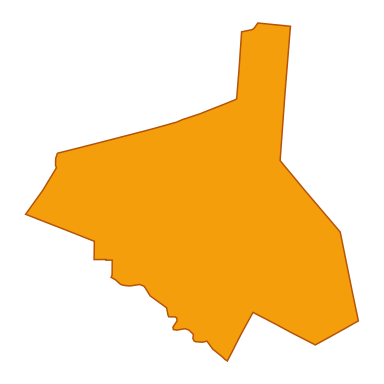 the district of Mavrodin, Teleorman, Romania
{"feature_id": "2599482B71627865865788", "entity_name": "Mavrodin", "entity_type": "district", "adm_level": 2, "iso_a3": "ROU", "parent_name": "Romania", "parent_adm1": "Teleorman", "projection": "albers", "projection_center": [25.255, 44.051], "detail": "fine", "context": "isolated", "style": "filled", "palette": "amber", "viewbox_px": 384, "rotation_deg": 0, "n_neighbors": 0, "source": "geoboundaries", "source_scale": "gbopen_adm2", "svg_char_len": 1273}
<svg xmlns="http://www.w3.org/2000/svg" viewBox="0 0 384 384"><path d="M358.4,320.9L352.4,292.4L345.1,256.2L340.2,232.0L335.1,226.0L305.4,191.1L280.1,160.6L285.0,93.4L290.1,30.3L290.5,26.3L257.8,23.0L255.1,26.9L254.5,27.7L253.8,28.5L252.5,29.4L251.4,29.8L241.6,31.8L239.4,64.3L238.9,70.9L238.7,73.4L237.2,91.9L236.7,98.8L234.9,99.9L199.4,114.0L182.4,119.6L176.7,122.1L150.5,129.4L93.3,144.2L91.0,144.8L59.5,152.7L57.9,153.1L57.3,153.5L56.5,156.0L55.7,158.4L55.5,165.1L56.4,167.9L48.3,181.2L43.0,190.0L29.1,209.4L25.6,214.3L40.4,220.1L72.4,232.6L94.3,241.3L94.3,243.7L94.2,252.1L94.1,259.6L106.1,259.5L106.0,260.2L112.2,260.1L112.1,275.0L111.1,277.4L115.2,279.6L120.6,284.4L123.8,285.4L129.8,286.0L139.6,284.5L143.7,286.0L145.0,287.5L150.2,295.9L166.6,307.8L168.0,315.0L168.7,316.8L175.2,316.9L176.8,318.0L177.0,321.0L172.9,327.2L173.4,329.6L176.9,330.1L185.0,328.7L189.0,330.1L193.4,334.4L192.9,338.5L194.1,341.0L195.6,341.7L202.3,342.2L207.0,341.2L212.7,349.1L221.9,356.5L224.9,359.4L227.4,361.0L227.8,360.0L229.5,356.8L231.6,352.8L234.9,346.3L236.4,343.3L237.6,341.0L241.7,333.0L253.0,312.4L275.0,323.8L291.3,332.6L315.3,344.9L331.3,336.1L341.7,330.3L344.3,328.9L353.0,323.9L356.2,322.1L357.4,321.5L358.4,320.9Z" fill="#f59e0b" stroke="#b45309" stroke-width="1.5"/></svg>